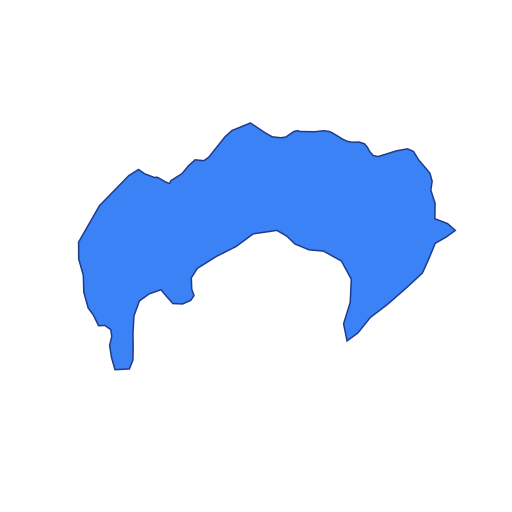 an SVG outline of Sabirabad, rotated 299°
{"feature_id": "AZE-1714", "entity_name": "Sabirabad", "entity_type": "District", "adm_level": 1, "iso_a3": "AZE", "parent_name": "Azerbaijan", "parent_adm1": "", "projection": "equal_earth", "projection_center": [48.677, 39.865], "detail": "fine", "context": "isolated", "style": "filled", "palette": "blue", "viewbox_px": 512, "rotation_deg": 299, "n_neighbors": 0, "source": "natural_earth", "source_scale": "10m", "svg_char_len": 1389}
<svg xmlns="http://www.w3.org/2000/svg" viewBox="0 0 512 512"><g transform="rotate(299 256 256)"><path d="M182.1,94.1L224.2,94.7L264.7,105.8L274.7,111.3L273.9,118.9L275.5,129.6L276.8,130.8L277.1,133.7L276.9,139.9L277.3,144.8L278.5,145.4L280.4,144.9L292.0,151.3L302.2,153.2L310.6,156.1L314.1,164.2L319.5,166.8L345.2,171.1L354.1,174.1L369.6,186.6L368.2,204.2L368.1,212.4L371.4,220.3L374.5,224.4L380.1,227.2L383.1,228.6L385.9,231.7L386.0,233.7L393.2,247.2L398.4,254.5L400.5,259.9L400.7,263.7L400.2,275.0L400.5,279.8L401.9,284.6L405.7,291.0L406.7,296.4L405.3,300.3L402.5,304.8L400.7,309.7L402.2,314.6L416.3,328.1L423.2,336.6L423.8,343.0L419.0,351.5L412.8,367.9L406.8,373.8L398.3,377.0L389.0,387.0L375.3,394.4L377.2,407.9L375.0,417.9L364.9,413.2L354.0,406.6L337.6,408.5L321.7,409.8L299.4,402.4L277.3,394.4L257.7,385.8L238.1,382.4L225.9,376.8L239.1,365.5L261.1,360.9L281.9,350.6L293.0,333.2L293.0,312.6L287.1,299.4L285.4,284.2L288.3,273.4L288.5,261.8L274.0,242.8L254.9,234.1L236.3,221.5L216.8,210.7L205.6,210.0L195.8,215.9L191.3,221.0L185.5,220.4L178.5,215.1L174.1,206.4L177.3,197.3L180.4,189.2L171.0,180.9L160.2,175.8L144.4,178.3L129.1,185.7L117.2,192.5L105.3,198.8L95.8,200.0L88.2,187.8L97.1,178.9L106.8,171.3L115.6,168.9L121.2,164.7L122.0,157.6L118.7,152.1L125.5,142.4L129.2,134.4L140.9,122.9L155.3,114.4L167.4,102.4L182.1,94.1Z" fill="#3b82f6" stroke="#1e3a8a" stroke-width="1.5"/></g></svg>